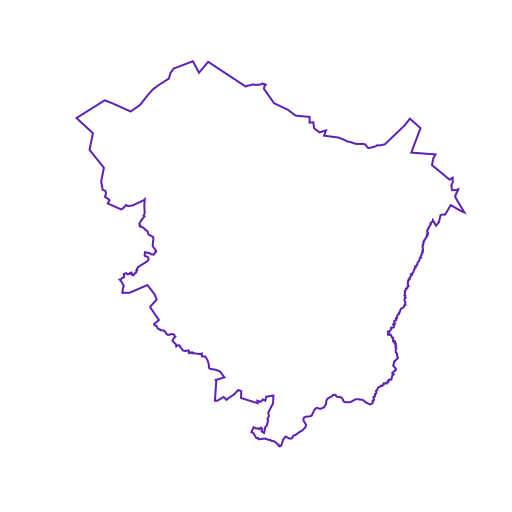 the district of Ahuacuotzingo, Guerrero, Mexico, rotated 189°
{"feature_id": "50627088B95956729809463", "entity_name": "Ahuacuotzingo", "entity_type": "district", "adm_level": 2, "iso_a3": "MEX", "parent_name": "Mexico", "parent_adm1": "Guerrero", "projection": "robinson", "projection_center": [-98.997, 17.77], "detail": "fine", "context": "isolated", "style": "outline", "palette": "violet", "viewbox_px": 512, "rotation_deg": 189, "n_neighbors": 0, "source": "geoboundaries", "source_scale": "gbopen_adm2", "svg_char_len": 6037}
<svg xmlns="http://www.w3.org/2000/svg" viewBox="0 0 512 512"><g transform="rotate(189 256 256)"><path d="M125.5,415.7L129.5,408.4L146.2,386.5L150.0,384.9L153.9,384.2L155.0,383.0L161.5,380.2L162.3,380.3L165.8,383.4L168.2,383.4L174.8,382.3L181.2,383.4L184.1,383.4L185.6,384.1L192.8,385.9L207.5,385.5L206.6,391.0L212.7,388.0L218.6,391.3L220.3,397.0L224.0,396.1L224.8,401.8L238.8,400.8L247.3,405.4L262.0,409.7L274.3,422.3L274.2,425.4L273.5,426.2L272.4,426.2L274.5,427.2L275.7,427.0L276.6,427.4L278.0,426.3L280.2,425.5L284.0,424.9L286.2,425.0L287.5,424.0L290.7,423.1L292.8,421.8L333.6,440.3L341.0,428.1L348.8,438.5L366.7,428.2L369.1,423.4L369.8,417.6L378.8,409.7L384.0,404.3L388.3,397.6L394.1,387.1L402.4,379.1L421.9,384.4L429.8,386.1L454.9,364.2L436.3,351.8L437.0,334.8L420.0,319.3L420.6,305.6L417.8,297.4L415.1,296.8L414.2,295.3L413.9,294.1L414.5,290.8L410.0,288.8L409.4,288.1L410.7,284.7L396.5,280.9L394.2,283.0L392.3,286.1L390.5,285.3L385.8,286.6L375.6,293.5L374.8,294.6L374.2,288.4L372.6,280.5L373.4,278.3L372.3,277.5L374.2,274.8L374.1,274.1L375.1,273.4L375.0,272.6L376.3,269.7L375.5,268.8L375.8,268.3L375.6,267.2L375.2,266.8L374.3,267.2L372.5,266.6L370.2,265.4L369.1,264.2L367.2,263.7L365.5,260.4L360.7,258.7L359.9,256.2L360.0,253.9L359.6,249.6L355.3,245.3L355.5,244.2L356.4,243.6L356.4,242.8L357.3,241.2L358.4,241.5L359.8,241.2L361.6,242.4L362.5,242.1L364.3,242.4L365.1,242.0L366.3,242.3L366.1,238.9L365.2,238.4L363.5,238.4L362.3,237.7L361.5,235.9L362.1,234.4L363.4,233.0L370.8,226.6L370.9,225.8L371.7,224.8L371.0,223.4L372.0,222.8L371.6,222.2L371.8,220.9L372.9,220.1L373.3,218.9L374.0,218.7L374.1,217.8L376.1,218.2L376.5,219.0L376.1,219.8L376.3,220.2L377.7,219.6L378.4,218.5L380.0,217.7L381.5,218.8L383.8,217.4L383.1,216.0L383.3,215.1L383.0,214.4L384.8,213.3L386.1,211.4L386.8,211.3L384.5,209.2L381.9,205.7L382.5,202.5L382.1,200.8L382.4,199.7L382.2,198.7L375.3,199.9L374.2,200.5L358.7,210.3L350.1,202.2L347.3,197.4L352.2,190.0L352.5,188.8L341.9,177.6L346.0,172.8L345.4,171.8L343.2,171.3L341.4,168.7L339.5,168.5L338.7,167.7L336.4,168.0L333.9,167.2L332.7,165.5L331.3,164.4L329.5,164.5L327.0,165.9L324.3,165.4L323.8,163.9L323.1,163.6L324.5,161.7L325.2,159.1L320.9,155.9L320.8,154.2L320.4,154.2L319.9,155.2L318.5,155.7L317.5,155.7L316.5,154.1L314.2,152.2L313.7,151.3L310.6,151.1L308.8,152.0L307.7,152.1L307.3,151.6L307.4,149.9L306.8,149.5L306.0,150.3L303.7,150.9L303.2,150.7L303.5,150.1L295.9,150.4L294.2,151.2L293.9,148.6L293.5,148.3L291.5,148.8L290.6,148.6L291.0,148.0L290.1,148.5L287.7,145.7L285.5,141.2L285.2,138.9L284.6,137.9L283.5,137.3L278.7,137.4L273.6,136.4L268.2,131.2L276.5,127.2L275.7,126.2L273.9,106.6L271.6,107.0L265.9,111.7L262.5,109.3L260.8,111.5L256.2,115.6L252.6,120.8L249.4,120.1L248.6,113.4L231.4,110.9L232.1,113.3L229.3,112.9L229.1,112.5L227.8,113.6L226.8,115.4L224.2,114.6L223.9,118.6L217.0,120.9L216.1,113.1L219.4,103.3L218.2,99.9L219.2,97.0L218.4,95.4L218.7,90.6L220.2,88.0L220.0,86.7L220.4,82.5L222.9,83.6L222.6,86.1L224.3,87.3L224.9,87.1L225.3,85.4L227.5,86.1L228.8,85.7L231.6,86.5L233.0,81.3L230.9,80.7L227.1,76.1L225.6,76.6L224.8,75.4L218.5,77.1L214.9,76.4L212.9,76.5L211.3,75.6L209.6,76.0L206.6,74.5L204.0,72.4L203.8,72.7L203.2,71.7L202.5,71.7L201.3,73.3L200.4,79.2L198.7,82.2L197.8,82.2L195.1,81.0L192.7,81.1L191.7,82.1L191.0,84.4L188.7,85.6L186.0,88.6L183.1,90.8L182.0,92.2L180.4,94.7L180.1,97.2L183.4,100.9L183.6,102.7L183.3,104.0L181.9,105.0L178.4,105.8L176.1,106.9L174.3,113.2L172.5,115.4L171.3,115.6L170.0,115.1L168.5,115.1L165.3,117.0L163.6,120.8L163.9,123.4L163.6,125.1L162.4,127.0L159.3,129.1L158.1,130.9L155.8,131.3L154.7,130.0L154.0,129.7L150.0,129.8L148.1,128.4L146.9,126.3L145.6,125.6L142.6,125.8L139.8,126.5L135.9,129.6L134.1,130.4L128.1,130.6L123.9,128.3L120.3,127.2L118.8,128.0L117.7,129.2L118.3,131.1L118.0,131.5L117.3,131.5L116.9,132.4L118.0,135.0L116.4,136.1L117.0,138.3L115.9,139.0L115.7,139.7L116.4,141.6L115.8,142.0L114.5,145.5L112.6,146.6L112.2,147.6L111.0,147.4L110.2,148.6L110.0,150.0L109.3,149.6L108.6,150.6L106.8,150.6L106.6,152.1L105.6,152.3L105.4,152.7L106.1,153.2L106.2,153.6L104.7,155.1L103.5,154.8L102.9,155.5L102.7,159.2L101.4,160.7L103.0,161.3L103.1,162.1L100.2,165.0L100.6,165.5L100.2,166.6L103.3,169.2L103.0,173.4L102.3,173.6L102.2,174.5L100.3,176.6L99.9,177.6L100.3,177.9L101.7,182.0L102.7,182.5L103.0,183.2L103.5,186.0L103.0,187.0L104.1,188.0L103.5,189.6L104.6,190.2L104.2,191.5L105.5,191.8L105.3,193.4L105.8,193.7L106.8,192.9L107.4,193.3L107.6,196.4L107.9,196.8L108.9,196.7L110.3,199.1L113.3,198.9L113.4,199.5L112.4,200.2L112.2,200.7L112.7,201.1L113.5,200.9L113.9,202.0L112.4,202.8L111.3,204.1L111.4,206.4L109.8,206.4L108.7,207.4L108.8,208.3L109.9,210.0L109.5,210.5L108.3,210.4L108.3,211.4L109.3,212.8L109.3,213.4L107.8,214.1L107.5,215.2L108.1,215.6L108.1,216.3L107.0,216.9L107.3,218.6L106.7,220.5L105.8,220.9L105.6,221.6L105.9,222.0L105.3,222.9L104.7,226.4L102.0,228.6L101.9,230.4L100.9,231.0L101.4,231.4L101.1,232.6L101.3,233.7L101.8,234.1L102.5,236.0L102.5,237.6L101.6,238.3L103.1,240.0L102.4,240.6L103.3,242.0L102.9,242.8L103.6,244.7L102.7,245.5L102.9,247.1L101.5,247.7L101.7,249.2L100.5,250.0L101.7,251.7L101.9,255.6L101.4,255.8L101.5,257.2L100.6,257.2L100.7,259.0L99.1,261.6L99.8,261.7L100.2,262.2L98.9,263.3L98.1,264.6L97.7,267.5L96.8,268.8L97.3,270.4L96.3,270.5L96.1,271.8L95.4,272.3L95.5,274.1L94.0,277.1L94.0,279.0L93.6,280.0L92.8,280.2L93.3,281.0L93.2,281.7L92.7,282.3L92.7,284.5L92.4,285.2L91.8,285.5L92.5,286.9L91.8,287.4L93.0,291.4L92.6,292.1L93.1,293.2L92.6,293.6L92.5,294.8L93.0,295.8L92.3,296.6L92.5,297.7L91.6,298.5L91.2,300.6L90.4,301.4L90.4,302.6L90.0,302.9L90.5,303.8L89.7,304.0L89.9,304.8L89.6,305.5L90.4,305.9L90.9,307.7L90.6,309.0L90.1,309.4L90.3,310.5L89.6,311.1L89.3,312.9L88.3,314.6L88.8,315.6L87.0,317.8L86.9,319.0L83.0,314.1L80.7,317.7L80.1,325.3L78.7,326.0L75.8,326.4L71.6,336.7L60.7,332.6L57.1,331.7L68.6,345.6L68.0,349.3L67.1,351.3L66.7,353.6L68.7,352.4L72.6,351.7L74.1,356.1L73.2,359.6L74.0,364.1L76.8,361.7L96.4,373.3L96.2,380.1L94.6,384.4L118.8,382.4L113.5,408.0L125.5,415.7Z" fill="none" stroke="#5b21b6" stroke-width="2"/></g></svg>